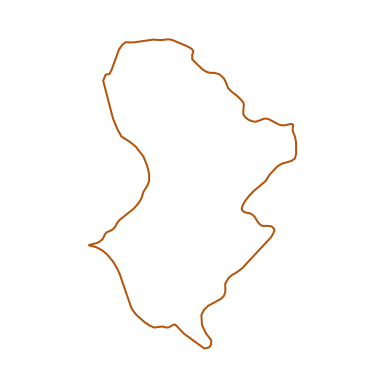 outline of Cañar, rotated 263°
{"feature_id": "ECU-1278", "entity_name": "Cañar", "entity_type": "Province", "adm_level": 1, "iso_a3": "ECU", "parent_name": "Ecuador", "parent_adm1": "", "projection": "natural_earth1", "projection_center": [-78.969, -2.515], "detail": "fine", "context": "isolated", "style": "outline", "palette": "amber", "viewbox_px": 384, "rotation_deg": 263, "n_neighbors": 0, "source": "natural_earth", "source_scale": "10m", "svg_char_len": 1967}
<svg xmlns="http://www.w3.org/2000/svg" viewBox="0 0 384 384"><g transform="rotate(263 192 192)"><path d="M144.9,269.3L141.7,268.1L137.4,264.9L110.3,232.6L107.9,228.6L106.0,224.9L104.6,221.3L102.1,217.7L97.0,213.8L89.3,213.0L85.3,211.3L82.4,207.7L77.1,194.1L73.5,189.5L68.8,186.3L58.5,185.7L49.8,188.7L42.7,193.0L38.1,192.3L35.6,189.8L35.2,185.1L52.2,166.9L62.3,159.3L62.6,157.4L61.4,154.9L60.4,152.0L60.8,149.3L62.1,146.3L62.1,137.8L64.9,133.3L68.1,129.5L76.3,122.2L80.6,119.5L84.3,117.7L120.0,110.1L126.0,108.1L133.0,104.9L140.1,100.3L144.3,96.5L147.4,92.5L149.0,90.0L151.8,82.7L153.0,91.8L153.9,94.0L155.9,97.2L157.5,98.6L159.5,99.7L161.1,100.8L162.3,102.2L163.9,107.5L165.5,110.2L167.3,111.8L170.3,113.9L173.0,116.6L182.7,132.3L187.2,137.3L191.7,140.9L198.1,143.9L204.1,148.7L208.0,150.7L214.9,151.7L223.5,150.7L233.1,148.1L243.7,141.8L248.9,136.9L255.7,128.7L263.6,125.6L274.7,122.5L313.1,117.4L318.9,120.5L319.3,124.5L323.3,127.2L342.3,136.9L346.8,140.9L348.8,144.8L348.1,148.1L347.6,152.0L348.0,171.9L346.8,178.4L346.5,181.7L346.5,185.8L346.1,188.8L345.0,191.4L337.7,204.2L334.6,208.6L333.3,209.6L332.3,210.2L331.2,210.3L330.4,210.2L328.2,208.9L323.5,208.4L312.6,217.2L309.5,220.9L308.0,224.8L307.5,228.9L305.6,233.4L301.2,237.3L297.5,238.8L290.7,240.5L287.4,243.0L281.6,248.7L277.5,252.0L274.6,253.8L272.4,254.1L266.3,252.8L262.3,252.5L259.4,254.2L256.8,256.9L254.8,260.4L254.0,263.7L254.7,267.6L255.7,271.0L256.0,273.6L255.3,276.1L254.2,278.1L248.4,286.4L247.2,289.3L246.9,292.1L247.5,297.8L247.1,300.0L245.9,300.5L243.9,299.9L241.2,299.5L239.0,299.7L236.0,300.6L232.9,301.1L228.2,301.3L217.1,300.0L212.6,298.1L210.7,294.4L209.3,285.6L208.1,282.0L206.2,278.8L199.4,270.8L194.0,266.5L185.3,253.2L181.4,248.4L176.8,243.8L173.0,240.9L169.5,239.4L167.4,239.7L165.8,241.4L164.6,243.9L164.0,246.4L162.4,248.9L159.8,251.1L153.8,253.9L151.1,255.9L149.5,258.2L149.4,261.2L148.9,264.4L148.0,267.0L144.9,269.3Z" fill="none" stroke="#b45309" stroke-width="2"/></g></svg>